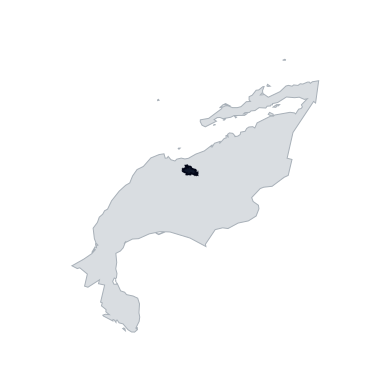 location of Mezquital, Durango, Mexico, rotated 103°
{"feature_id": "50627088B27978292872391", "entity_name": "Mezquital", "entity_type": "district", "adm_level": 2, "iso_a3": "MEX", "parent_name": "Mexico", "parent_adm1": "Durango", "projection": "robinson", "projection_center": [-104.475, 23.057], "detail": "fine", "context": "in_parent", "style": "filled", "palette": "ink", "viewbox_px": 384, "rotation_deg": 103, "n_neighbors": 0, "source": "geoboundaries", "source_scale": "gbopen_adm2", "svg_char_len": 6722}
<svg xmlns="http://www.w3.org/2000/svg" viewBox="0 0 384 384"><g transform="rotate(103 192 192)"><path d="M55.1,93.6L77.5,91.6L76.4,93.9L111.3,107.0L137.7,106.9L137.8,101.9L154.2,102.0L157.0,105.6L168.4,115.2L171.2,123.2L173.3,126.3L184.0,132.6L187.5,130.3L190.0,124.3L193.3,123.0L201.0,124.1L207.5,130.6L211.9,140.1L219.5,148.7L220.0,154.1L223.4,160.9L239.9,167.2L242.0,166.2L237.3,183.6L235.9,204.4L236.7,208.8L241.0,214.8L240.2,218.1L240.4,214.8L236.8,209.7L237.9,214.4L242.4,224.2L249.5,233.6L251.2,239.4L256.1,245.3L254.8,245.2L257.6,246.6L256.7,245.7L261.9,246.5L265.6,248.5L268.9,252.4L277.6,249.5L284.0,249.0L288.2,246.8L292.7,246.3L293.6,247.2L293.3,248.4L297.0,249.2L299.4,247.3L298.7,244.3L297.5,245.0L297.8,244.4L304.4,239.3L304.8,235.1L306.7,232.7L306.6,226.0L307.7,221.0L312.8,218.0L321.7,216.5L325.6,214.8L330.0,214.4L337.3,216.1L337.9,215.0L336.0,215.0L338.4,214.2L341.4,216.4L342.0,219.4L340.6,223.4L336.0,229.6L335.9,233.6L333.6,236.1L334.1,237.0L336.2,236.7L334.0,239.3L334.0,240.3L335.5,240.0L332.8,250.3L332.1,251.2L330.6,248.9L330.1,245.0L328.1,249.0L325.9,249.3L323.3,254.6L320.2,254.5L319.9,256.3L302.3,256.2L302.4,262.5L298.4,262.4L308.2,272.0L307.9,275.5L295.5,275.5L291.1,284.3L292.4,286.6L290.9,292.4L281.8,282.4L274.5,275.7L270.0,273.2L269.5,273.8L273.6,276.1L267.2,274.1L267.7,272.5L266.0,273.1L264.9,271.7L263.8,273.3L265.9,274.0L262.7,274.4L259.5,276.6L249.5,280.2L242.9,277.3L237.4,276.7L233.7,274.0L230.0,273.0L227.7,270.4L218.7,268.4L207.5,263.1L200.3,258.1L197.2,254.7L189.7,253.5L182.5,250.6L178.0,245.1L168.1,239.8L162.9,232.4L161.1,227.9L165.1,225.7L164.4,223.8L162.7,223.2L165.3,219.8L165.6,215.6L163.4,214.2L161.4,210.1L161.4,206.4L160.0,203.1L154.2,196.8L149.2,189.2L141.3,182.7L143.6,183.9L143.7,182.5L139.5,181.1L136.4,176.0L138.6,176.1L132.5,172.6L131.7,170.9L129.4,171.6L129.0,170.8L130.8,168.8L127.8,170.3L126.0,168.8L125.7,165.5L127.9,162.4L128.6,163.0L127.2,159.9L125.2,158.0L122.7,158.0L120.9,153.9L117.8,153.0L115.9,151.2L114.7,147.5L115.5,145.2L110.0,144.1L100.4,132.5L99.8,129.7L98.4,128.8L92.3,114.4L91.9,110.0L92.6,108.6L87.3,106.7L86.1,104.4L84.3,103.6L82.4,105.0L75.2,100.6L76.5,103.4L75.5,108.8L77.0,113.2L78.2,121.4L85.5,128.6L87.8,133.5L88.9,133.2L89.4,134.7L90.5,134.9L91.5,138.1L93.6,139.0L94.7,145.6L98.5,149.0L99.7,152.7L101.5,153.9L102.7,158.3L104.3,159.4L103.4,156.1L105.5,158.0L108.0,168.1L110.4,171.0L113.6,178.3L113.1,181.4L113.8,184.1L116.5,186.8L117.5,184.1L125.5,193.7L124.7,197.2L121.6,199.8L119.8,200.1L116.5,192.3L104.1,181.8L102.9,181.9L100.4,178.6L99.9,176.4L100.7,171.5L99.6,166.8L97.8,163.4L91.8,159.4L90.6,155.4L89.4,157.1L86.3,157.8L84.1,155.1L78.4,152.4L77.6,150.0L73.4,146.6L73.0,145.5L77.4,146.1L80.0,145.1L79.9,146.2L82.1,147.3L81.3,144.6L80.3,144.4L82.5,139.0L74.4,128.8L67.6,124.3L66.4,122.0L66.4,118.3L64.8,117.0L64.3,112.7L62.2,110.9L61.9,108.3L59.0,104.3L58.5,102.4L59.5,101.2L57.5,99.5L55.1,93.6ZM100.0,132.6L99.2,135.2L97.0,134.3L97.9,130.4L99.2,130.0L100.0,132.6ZM91.0,132.1L87.9,129.3L87.1,126.3L88.7,127.3L89.0,128.9L90.6,129.3L91.0,132.1ZM340.6,228.8L339.8,227.9L340.2,226.7L342.2,225.7L340.6,228.8ZM100.5,181.9L98.3,179.2L99.7,173.7L99.2,178.6L100.5,181.9ZM71.8,142.9L70.1,142.6L71.3,139.6L72.1,141.8L71.8,142.9ZM43.2,133.3L41.8,131.4L42.1,130.6L42.6,130.6L43.2,133.3ZM102.4,182.0L103.8,184.1L100.9,182.0L102.4,182.0ZM153.2,214.3L152.9,215.2L152.2,214.9L151.9,213.4L153.2,214.3ZM114.5,176.4L115.0,178.1L113.5,176.0L114.5,176.4ZM109.0,165.4L109.9,166.1L108.6,167.6L109.0,165.4ZM110.7,246.0L110.1,246.3L109.3,245.6L110.0,244.7L110.7,246.0ZM295.8,246.4L294.2,246.8L296.9,245.8L295.8,246.4ZM122.0,185.9L121.2,185.7L121.1,184.1L122.0,185.9Z" fill="#d9dde1" stroke="#a8b0b8" stroke-width="1"/><path d="M174.6,192.5L174.8,192.0L174.6,192.0L174.4,192.0L174.4,191.7L174.5,191.6L174.5,191.4L174.5,191.2L174.4,191.0L174.3,190.9L174.3,190.7L174.2,190.8L174.0,190.7L173.7,190.7L173.4,190.7L173.2,190.5L172.9,190.6L172.5,190.6L172.2,190.7L171.9,190.8L172.2,190.9L172.2,191.0L172.2,191.3L172.3,191.2L172.6,191.4L172.8,191.4L173.0,191.4L173.2,191.5L172.9,191.8L172.7,191.7L172.5,191.9L172.3,191.9L172.4,192.1L172.6,192.1L172.9,192.1L172.7,192.3L172.5,192.2L172.4,192.2L172.4,192.3L172.2,192.3L172.2,192.0L172.1,191.9L171.8,192.5L171.7,192.8L171.4,192.6L170.7,193.1L170.9,193.3L170.9,193.5L170.7,193.7L170.3,193.4L170.2,193.3L170.2,193.6L169.4,193.6L169.4,194.9L169.8,194.3L169.9,194.5L169.7,194.9L169.7,195.0L169.5,195.4L169.4,195.4L169.4,195.5L169.5,195.7L169.4,195.7L169.3,196.0L169.4,196.3L169.3,196.5L169.5,196.6L169.6,196.8L169.6,197.0L169.5,197.3L169.5,197.5L169.4,197.6L169.2,197.9L169.0,198.0L168.9,198.0L168.7,198.1L168.8,198.2L168.6,198.2L168.6,198.3L168.4,198.4L168.3,198.5L168.2,198.5L168.2,198.4L168.1,198.5L167.9,198.6L167.7,198.7L167.7,198.8L167.6,199.0L167.5,199.3L167.6,199.5L167.5,199.8L167.6,200.0L167.7,200.3L167.7,200.6L167.7,200.8L167.8,200.8L167.9,201.0L168.0,201.0L168.0,200.9L168.1,201.0L168.2,200.9L168.4,201.0L168.5,201.1L168.4,201.2L168.5,201.2L168.4,201.3L168.4,201.5L168.4,201.8L168.6,201.9L167.0,202.4L166.9,202.5L166.9,202.8L167.5,203.5L167.7,204.5L168.0,204.4L168.9,203.3L168.9,202.9L169.1,202.8L169.3,202.9L169.3,203.0L169.4,202.9L169.6,202.9L169.7,203.0L169.7,203.3L169.7,203.5L169.8,203.6L170.1,203.9L170.3,203.7L170.3,203.9L170.6,203.8L170.8,203.9L170.8,204.0L170.9,204.9L171.0,204.9L171.4,204.9L171.3,205.1L171.5,205.3L171.5,205.5L171.8,205.7L171.8,205.8L171.9,205.7L171.9,205.9L172.0,205.9L172.0,206.0L172.3,206.2L172.5,206.2L172.4,206.0L172.5,206.0L172.5,205.9L172.4,205.9L172.7,205.7L173.6,205.4L173.8,205.5L173.8,205.4L174.0,205.3L174.0,205.2L174.0,205.3L174.0,205.2L174.3,204.9L174.2,204.6L174.1,204.3L174.1,204.2L174.1,203.9L174.4,203.9L174.5,203.6L174.6,203.4L174.5,203.2L174.4,203.2L174.5,203.1L174.4,202.9L174.4,202.7L174.5,202.6L174.5,202.3L174.6,202.1L174.6,201.9L174.9,201.7L175.0,201.5L174.9,201.4L175.0,201.4L175.2,201.5L175.3,201.5L175.6,201.6L175.8,201.5L176.0,201.6L176.3,201.6L176.3,201.4L176.2,201.4L176.2,201.2L176.1,200.9L176.1,200.7L176.1,200.3L176.1,200.2L175.9,200.0L175.8,199.9L175.7,199.8L175.6,199.7L175.5,199.4L175.6,199.2L175.5,197.5L175.4,197.2L175.2,197.2L175.1,197.3L175.0,197.2L174.9,197.3L174.9,197.2L174.7,197.1L174.4,197.2L174.3,197.3L174.2,197.3L173.9,197.1L173.7,196.9L173.7,196.7L173.6,196.8L173.6,196.7L173.6,196.4L173.7,196.2L173.8,196.2L173.9,195.7L174.0,195.6L174.3,195.5L174.3,195.4L174.4,195.1L174.4,194.8L174.3,194.6L174.4,194.4L174.2,194.5L173.9,194.2L174.3,194.2L174.2,194.2L174.0,193.9L174.1,193.7L174.3,193.4L174.5,193.4L174.4,193.1L174.2,193.0L174.1,192.7L174.1,192.4L173.8,192.2L173.7,192.2L173.8,192.1L173.7,192.1L174.1,192.3L174.4,192.4L174.5,193.0L174.5,192.9L174.5,192.7L174.6,192.5Z" fill="#0f172a" stroke="#020617" stroke-width="1.5"/></g></svg>